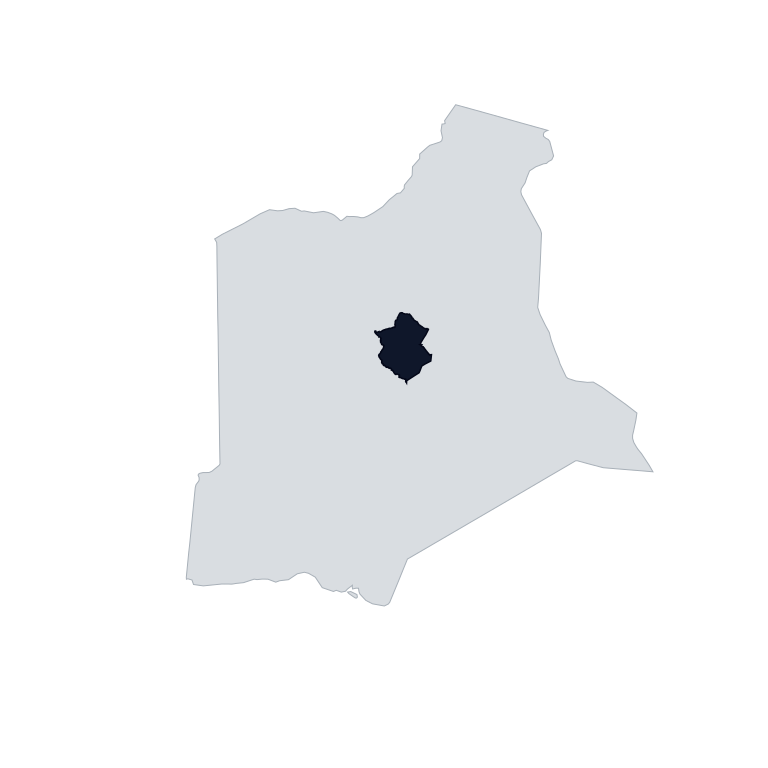 location of Samburu East, Rift Valley, Kenya, rotated 60°
{"feature_id": "3690345B82723098757823", "entity_name": "Samburu East", "entity_type": "district", "adm_level": 2, "iso_a3": "KEN", "parent_name": "Kenya", "parent_adm1": "Rift Valley", "projection": "orthographic", "projection_center": [37.446, 1.109], "detail": "fine", "context": "in_parent", "style": "filled", "palette": "ink", "viewbox_px": 768, "rotation_deg": 60, "n_neighbors": 0, "source": "geoboundaries", "source_scale": "gbopen_adm2", "svg_char_len": 8225}
<svg xmlns="http://www.w3.org/2000/svg" viewBox="0 0 768 768"><g transform="rotate(60 384 384)"><path d="M173.7,458.1L173.5,449.1L174.8,426.2L174.7,406.1L175.8,396.0L180.8,389.6L183.1,385.0L184.7,378.5L187.3,373.2L193.2,369.0L194.2,366.6L200.5,359.4L204.2,350.2L207.1,347.0L210.6,344.1L213.1,342.6L217.2,341.1L220.4,340.2L221.0,339.5L221.2,338.0L220.2,332.3L221.6,330.4L223.7,326.6L226.3,323.0L228.5,320.8L229.8,318.4L230.4,314.4L230.5,311.6L230.5,306.9L229.8,296.3L227.1,287.4L225.5,277.5L226.7,274.2L224.6,268.4L223.6,268.1L221.9,266.8L219.8,261.4L218.1,256.4L217.1,255.1L210.1,250.7L206.6,240.4L202.7,238.1L200.6,227.9L200.2,225.0L202.4,214.7L202.2,212.4L199.9,210.2L193.2,208.0L187.9,203.8L188.6,202.3L189.0,200.8L186.2,199.8L178.0,182.3L188.6,171.8L199.4,161.2L213.1,147.8L225.7,135.5L236.6,124.8L246.3,115.3L246.0,117.1L246.1,119.5L247.3,121.0L249.2,122.0L252.0,121.0L254.4,119.5L256.8,119.2L271.3,123.1L273.7,126.6L273.6,130.3L274.2,133.0L273.1,135.7L271.8,143.9L272.2,151.4L276.5,156.9L280.4,161.3L283.5,167.4L285.8,169.3L288.9,170.3L298.9,170.6L313.7,171.0L328.0,171.3L329.3,171.5L332.3,172.3L345.4,180.6L357.4,188.2L367.6,194.8L377.5,201.2L387.1,207.4L394.5,212.6L401.9,214.1L413.8,214.9L422.0,215.1L429.7,217.3L441.0,219.3L449.5,220.4L454.6,221.5L468.8,222.7L471.1,222.0L477.4,216.3L484.3,207.0L487.0,201.8L496.1,196.7L512.0,189.6L523.1,184.6L535.6,179.5L541.2,183.9L549.0,190.9L552.6,194.3L555.4,195.9L559.6,196.9L564.8,196.9L567.6,196.7L573.3,195.8L586.8,195.0L594.5,195.0L588.0,204.3L580.3,215.5L566.1,236.0L555.3,246.9L547.1,255.0L546.3,256.5L546.4,265.6L546.5,287.9L546.8,332.4L547.0,376.9L547.2,421.4L547.3,443.7L547.3,451.2L554.5,460.5L561.6,469.6L570.9,481.7L575.9,488.2L576.7,490.3L576.4,494.7L568.7,503.8L562.4,507.9L553.9,509.9L551.4,509.5L548.1,508.2L546.8,510.4L545.8,513.7L543.9,513.0L542.5,512.0L543.3,518.1L544.2,521.0L542.9,525.0L538.8,528.5L538.4,531.5L529.5,539.3L516.9,540.1L510.2,544.0L507.2,547.1L505.0,554.0L505.7,564.6L502.2,572.7L501.5,576.8L495.0,582.1L492.1,586.9L489.9,591.8L488.1,594.0L485.8,605.0L482.8,611.7L482.0,613.9L481.2,615.9L478.8,619.8L477.3,622.5L476.2,624.3L468.5,641.4L462.4,649.2L457.7,648.3L454.6,651.3L454.3,652.7L452.6,651.9L448.7,649.1L440.6,643.3L432.5,637.5L424.5,631.6L416.4,625.8L408.3,620.0L400.2,614.2L392.1,608.4L384.0,602.6L379.3,599.2L377.2,597.1L375.5,593.1L374.7,592.1L372.6,590.9L370.1,590.6L369.3,589.8L369.3,587.9L370.2,585.1L373.2,579.7L373.5,576.6L372.9,573.0L372.0,567.3L371.2,566.0L365.8,563.0L354.6,556.8L343.3,550.5L332.1,544.2L320.8,537.9L309.6,531.7L298.3,525.4L287.1,519.1L275.8,512.8L264.6,506.5L253.3,500.2L242.0,494.0L230.8,487.7L219.5,481.4L208.3,475.1L197.0,468.8L185.8,462.5L181.6,460.1L177.7,458.1L173.7,458.1ZM548.0,519.2L546.0,519.6L547.1,516.6L552.8,512.7L555.2,513.6L555.6,514.5L555.5,515.3L554.5,516.1L548.0,519.2Z" fill="#d9dde1" stroke="#a8b0b8" stroke-width="1"/><path d="M394.3,363.9L392.5,362.7L392.0,352.9L391.8,348.0L390.1,345.7L388.6,343.9L387.3,342.2L387.2,338.6L387.5,332.0L382.3,328.2L382.1,328.6L382.1,328.9L381.9,329.1L382.0,329.5L381.8,329.8L381.8,330.0L381.7,330.0L381.1,330.0L380.8,330.3L380.4,330.1L380.0,330.4L379.5,330.4L379.2,330.6L378.8,330.5L378.7,330.4L378.3,330.7L377.9,330.6L377.5,330.6L377.1,330.7L376.7,330.7L376.1,331.0L374.9,330.9L373.8,331.2L373.4,331.4L373.2,331.4L373.0,331.2L372.7,331.2L372.6,331.4L372.2,331.5L371.9,331.4L371.4,331.4L371.0,331.8L370.7,332.0L370.2,332.2L370.1,332.3L370.1,332.5L369.8,332.5L369.5,332.7L369.3,332.6L369.2,332.5L368.9,331.8L368.7,332.2L368.4,332.4L368.3,333.0L367.9,333.2L368.0,332.9L367.9,332.8L367.7,332.4L367.3,332.0L367.2,331.9L366.7,331.6L363.6,326.0L362.3,323.3L359.0,318.3L358.8,318.1L358.7,318.1L357.8,319.0L357.4,319.1L357.4,319.4L357.4,319.6L357.5,319.9L357.3,320.2L356.7,320.7L356.4,320.7L356.2,320.9L355.6,321.6L354.6,322.0L353.8,322.2L353.7,322.5L352.9,322.7L352.6,322.9L352.1,323.1L351.7,323.4L350.9,323.6L350.4,324.0L349.9,324.2L349.6,324.3L349.3,324.1L349.1,324.1L348.9,324.2L348.7,324.4L348.3,324.2L347.4,324.1L346.9,324.2L346.3,324.4L346.2,324.7L345.9,325.0L345.7,325.2L345.0,325.3L344.1,326.0L343.9,326.0L343.6,326.0L343.3,326.0L342.8,326.0L342.2,326.2L341.9,326.1L341.5,326.1L341.2,326.3L340.8,326.6L340.6,326.8L340.3,326.7L340.0,326.4L339.6,326.4L338.9,326.5L338.4,326.5L337.4,326.8L336.5,326.9L336.2,327.0L336.2,327.5L336.0,327.8L335.8,328.2L335.3,328.4L335.0,329.0L334.7,329.3L334.4,330.0L334.3,330.3L333.8,330.8L333.8,331.0L333.7,331.1L333.2,331.4L333.0,331.7L332.5,332.1L331.5,332.5L331.1,333.0L331.0,333.3L330.8,333.6L330.8,333.9L330.6,334.5L330.6,334.8L331.7,336.7L331.8,336.8L332.1,336.9L332.1,337.0L332.5,338.0L333.0,338.4L333.2,338.7L333.3,339.2L333.8,339.7L334.4,339.9L334.8,340.1L334.9,340.7L334.9,341.2L334.7,341.7L334.8,342.1L335.2,342.7L335.3,342.9L336.4,343.6L337.0,344.0L337.3,344.3L337.6,344.3L338.0,344.4L338.1,344.5L338.2,345.0L338.7,345.0L339.1,344.9L339.4,345.2L339.5,345.5L339.7,345.8L339.9,345.9L340.3,346.0L340.4,346.4L340.3,346.6L340.1,346.7L339.6,347.2L339.6,347.4L339.5,347.6L339.6,347.9L339.5,348.1L339.6,348.4L339.4,348.5L339.4,348.8L339.5,349.1L339.3,349.4L339.3,349.9L339.3,350.0L339.2,350.0L339.1,350.5L339.0,350.9L338.7,351.0L338.5,351.4L338.7,351.5L338.6,351.9L338.3,352.3L338.2,352.5L338.3,352.8L338.2,353.0L338.3,353.2L338.1,353.4L338.0,353.6L338.1,354.0L337.7,354.3L337.6,354.6L337.5,354.8L337.4,355.9L337.5,356.1L337.2,356.5L337.1,357.4L337.0,357.7L337.0,359.0L337.2,359.8L337.1,360.3L337.1,361.6L336.6,362.1L336.4,362.1L336.1,362.0L336.0,362.9L336.1,363.1L336.1,363.4L335.9,363.6L335.7,364.0L335.5,364.5L335.1,364.6L334.8,364.9L334.6,365.0L334.4,365.0L334.1,365.0L333.9,364.8L333.7,365.1L333.6,365.3L333.7,365.5L333.8,365.5L334.1,365.7L334.5,366.0L335.1,366.0L335.4,366.0L335.5,366.0L335.8,365.8L336.0,365.9L336.7,365.8L336.9,365.6L337.4,365.6L339.5,364.9L340.3,364.5L340.8,364.8L340.9,364.2L341.8,363.9L342.0,363.9L342.6,363.7L342.8,363.8L343.0,364.1L343.4,363.9L343.5,364.1L343.9,364.8L344.1,365.0L344.3,365.2L344.7,365.1L344.9,365.2L345.1,365.1L345.2,365.5L345.6,365.5L345.8,365.8L345.9,366.0L346.2,366.0L346.3,365.9L346.7,366.0L347.8,365.8L348.0,365.9L348.0,366.1L348.5,366.2L348.8,366.2L349.1,365.9L349.4,365.7L349.6,365.6L349.7,365.4L349.9,365.3L350.1,365.0L350.3,364.9L350.7,364.9L351.5,365.6L351.7,365.9L352.1,366.2L352.4,366.3L352.6,366.6L353.0,367.2L353.3,368.1L353.5,368.2L353.7,369.0L354.1,369.4L354.4,370.0L354.4,370.4L354.6,370.7L354.7,370.9L355.2,371.0L355.3,371.1L355.3,371.5L355.6,371.8L355.6,372.1L355.8,372.4L355.8,372.7L355.9,373.1L355.9,373.5L356.4,373.6L356.5,374.2L356.6,374.3L356.9,374.2L357.8,374.7L357.9,374.8L358.7,374.6L359.0,374.6L359.6,374.6L359.9,374.4L360.2,374.6L360.5,374.5L360.8,374.6L361.3,374.3L361.6,374.3L361.8,374.0L362.1,373.9L362.4,374.2L362.6,374.2L363.2,374.1L363.2,374.3L363.1,374.6L363.8,374.9L364.0,375.2L364.4,375.3L364.6,375.2L364.8,375.1L365.1,375.3L365.3,375.4L365.7,374.9L366.0,374.7L366.3,375.0L366.7,375.1L366.9,375.0L367.1,375.1L367.5,374.9L367.8,375.0L368.0,374.8L367.9,374.4L368.0,374.2L368.3,374.2L368.7,374.0L369.0,374.1L369.7,373.7L369.8,373.6L370.1,373.7L370.3,373.5L370.5,373.7L370.8,373.5L370.9,373.1L371.1,372.9L370.9,372.8L370.9,372.5L371.0,372.4L371.3,372.1L371.5,371.9L371.9,371.9L372.1,371.8L372.4,371.8L372.8,371.4L372.9,371.5L373.0,371.3L373.3,371.2L373.3,370.8L373.4,370.6L373.8,370.2L374.1,370.2L374.4,370.0L374.7,370.0L374.8,370.1L374.9,370.4L375.5,370.7L375.8,370.3L376.1,370.3L376.2,370.1L376.4,370.0L376.5,369.6L376.8,369.5L377.3,369.8L377.9,369.7L378.2,369.5L378.6,369.5L379.1,369.8L379.6,369.6L380.3,369.6L380.5,369.4L381.2,369.4L381.4,369.3L381.6,369.0L381.8,368.8L381.8,368.7L381.7,368.5L381.7,368.3L381.8,368.0L382.0,367.5L382.6,367.2L383.0,366.9L383.4,366.8L383.5,366.6L383.4,366.4L383.6,366.0L384.3,366.3L384.4,366.7L384.6,366.8L384.9,366.8L384.9,367.1L385.0,367.2L385.3,367.3L385.4,367.5L385.6,367.6L385.8,367.3L386.1,367.3L386.3,367.1L386.4,366.9L386.9,366.4L387.2,366.0L387.7,365.9L387.9,365.6L388.2,365.5L388.5,365.4L388.6,365.1L389.2,364.4L389.3,364.2L389.7,364.1L389.9,364.0L390.0,363.7L390.3,363.6L390.5,363.4L390.5,362.9L390.7,362.7L390.9,362.8L390.9,363.2L391.2,363.1L391.7,363.4L392.4,363.7L392.5,363.9L392.9,364.1L393.2,364.1L393.7,363.9L394.3,363.9Z" fill="#0f172a" stroke="#020617" stroke-width="1.5"/></g></svg>